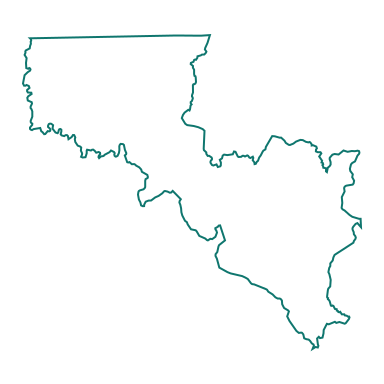 outline of Ferreira Gomes, Amapá, Brazil
{"feature_id": "56859067B20573807328937", "entity_name": "Ferreira Gomes", "entity_type": "district", "adm_level": 2, "iso_a3": "BRA", "parent_name": "Brazil", "parent_adm1": "Amapá", "projection": "natural_earth1", "projection_center": [-51.388, 0.875], "detail": "fine", "context": "isolated", "style": "outline", "palette": "teal", "viewbox_px": 384, "rotation_deg": 0, "n_neighbors": 0, "source": "geoboundaries", "source_scale": "gbopen_adm2", "svg_char_len": 5933}
<svg xmlns="http://www.w3.org/2000/svg" viewBox="0 0 384 384"><path d="M81.1,156.8L82.6,157.5L85.5,157.2L86.7,153.3L86.7,150.6L87.1,149.7L91.0,150.5L91.9,149.8L93.1,149.6L94.6,150.7L96.2,152.7L98.7,152.0L100.0,152.7L100.2,154.0L98.8,155.8L98.5,157.1L99.1,158.1L101.0,156.4L103.1,156.1L104.0,155.6L104.6,154.8L109.5,152.2L111.0,150.5L114.0,152.0L114.7,153.1L114.3,154.5L114.6,155.8L115.5,156.6L116.4,156.5L117.6,155.8L118.9,153.0L119.4,150.1L119.3,146.2L119.8,144.8L120.6,143.9L122.9,144.1L123.9,144.9L124.9,149.8L126.3,153.1L126.1,154.3L124.8,155.4L127.2,162.2L128.3,162.5L129.5,162.1L131.8,164.2L134.2,164.1L135.3,164.7L136.1,165.6L139.2,167.3L141.2,169.5L141.9,171.8L147.3,174.9L147.9,177.0L147.6,178.0L145.6,179.1L145.2,180.8L145.2,187.0L144.7,188.1L143.5,189.3L139.8,190.4L138.8,191.1L138.4,192.0L138.0,194.6L138.9,199.5L140.4,202.4L141.1,205.4L142.8,206.2L144.1,206.1L144.2,204.6L145.7,201.7L148.5,200.6L151.1,200.5L155.2,197.4L158.6,195.9L162.3,193.3L164.1,191.3L164.9,191.0L167.6,191.6L169.8,192.7L171.2,192.5L172.7,190.9L180.8,199.2L179.6,201.1L179.4,202.6L180.3,204.7L181.1,208.4L181.4,212.3L182.3,215.5L185.0,220.8L186.9,222.2L187.7,224.4L191.0,229.3L195.7,230.3L196.7,231.4L199.3,235.9L205.2,238.5L207.0,240.1L207.9,240.4L210.3,238.8L212.2,239.1L215.4,236.8L217.0,232.6L216.3,230.5L215.5,229.5L215.3,228.2L217.8,226.8L218.7,225.6L220.1,225.4L225.0,240.4L219.1,245.1L218.5,246.4L217.3,252.0L215.6,254.2L215.5,255.9L216.9,258.7L219.3,267.6L227.4,272.1L230.6,273.4L242.2,276.1L245.4,277.6L247.8,279.0L251.0,283.3L252.1,284.1L254.2,284.4L265.9,289.1L267.0,289.7L268.3,291.7L272.6,294.4L275.4,297.3L277.6,298.5L279.7,298.5L280.8,299.1L281.9,300.5L282.2,304.3L284.1,308.0L288.1,310.4L288.9,311.4L287.2,316.4L289.5,321.0L296.4,330.9L298.8,332.9L301.2,332.6L302.0,332.8L303.3,334.4L304.2,338.3L306.4,339.2L308.7,339.6L310.1,340.9L311.8,343.4L313.5,344.5L313.9,345.6L312.6,348.9L315.6,347.0L317.8,347.5L318.4,345.8L317.9,344.5L317.1,338.5L318.8,336.8L320.0,338.1L322.5,337.6L323.5,333.4L323.7,330.0L326.9,323.8L328.8,324.3L334.9,321.8L336.3,322.9L339.4,322.0L344.7,323.7L345.7,323.2L349.0,318.9L349.5,317.3L349.0,316.5L348.1,316.7L346.7,315.7L344.8,315.4L344.3,314.3L341.8,314.3L340.2,311.8L339.3,312.3L338.3,312.0L337.9,311.0L336.8,310.6L336.7,309.2L334.9,308.9L333.5,306.0L332.6,305.5L331.8,305.9L330.9,305.6L329.7,301.3L329.0,300.1L327.9,299.2L328.1,298.1L327.2,297.5L327.1,296.4L327.9,290.0L328.3,288.6L330.2,286.5L330.7,279.9L329.4,274.3L328.4,272.1L329.2,268.0L330.3,266.0L330.3,263.4L332.7,260.5L333.4,257.4L334.6,254.9L353.4,242.7L353.9,241.0L355.4,239.0L355.8,237.6L355.3,236.1L353.9,234.3L353.7,232.1L352.6,229.7L352.5,228.2L353.2,226.8L355.6,223.9L357.4,223.1L361.0,227.2L360.6,218.8L359.0,218.8L352.3,216.8L349.5,214.9L344.6,210.5L342.5,209.3L341.6,207.9L342.3,203.0L341.8,197.1L344.6,191.5L344.1,188.1L344.5,187.0L345.5,186.0L346.6,185.6L352.7,184.6L353.6,183.4L354.1,180.7L352.2,177.2L352.8,174.3L350.3,171.0L349.9,168.8L351.0,164.4L352.2,163.0L355.0,161.4L357.5,155.6L359.1,153.8L359.4,152.7L359.1,151.2L357.7,150.7L354.8,151.2L351.8,151.0L347.6,151.8L343.5,150.5L338.6,154.5L334.6,154.0L332.4,154.7L329.8,157.7L329.6,159.0L330.6,162.1L330.6,164.6L329.6,166.2L327.8,167.7L326.9,172.1L326.0,171.4L326.1,168.3L323.3,167.7L323.2,166.4L322.4,165.1L323.2,164.3L322.8,163.0L321.5,162.5L322.1,160.8L319.2,156.5L321.3,153.4L320.5,152.2L317.7,152.2L315.9,151.4L316.0,149.6L316.9,148.3L316.3,146.6L313.0,145.2L311.7,145.5L311.7,144.4L310.3,142.4L309.5,142.0L308.4,142.4L305.8,141.8L302.8,140.1L300.3,139.9L296.0,141.6L293.4,143.6L289.9,145.0L288.7,144.8L285.8,142.9L284.5,140.7L281.1,137.6L279.7,137.7L274.8,136.3L272.2,136.1L265.9,146.9L265.4,149.4L263.4,150.6L262.7,151.6L260.7,155.5L259.2,157.5L258.0,160.8L256.8,161.8L255.8,163.8L254.6,164.1L254.4,162.4L252.7,160.2L253.3,157.9L252.8,156.7L250.4,158.0L249.4,157.6L248.1,155.8L247.2,155.4L245.0,156.5L243.7,155.8L242.5,155.8L241.2,156.8L238.7,157.0L237.8,156.5L235.5,151.8L234.0,151.5L232.8,154.3L227.3,155.1L224.1,154.6L222.7,155.6L222.0,158.4L219.8,159.8L220.9,162.6L220.8,165.4L220.3,166.3L217.8,167.0L216.5,164.4L213.3,165.5L212.0,165.0L210.5,162.7L210.5,161.5L211.0,160.4L211.9,159.6L212.0,158.6L211.6,157.5L209.1,155.8L207.7,155.9L206.3,153.8L206.3,152.4L203.9,150.1L203.7,148.7L204.5,130.8L202.7,129.1L198.3,127.2L193.7,126.0L187.2,125.1L185.3,123.8L181.8,118.1L183.0,114.9L184.6,112.6L188.3,109.8L189.5,110.5L190.0,109.4L190.6,105.4L191.6,104.4L190.7,103.2L190.7,102.1L191.9,101.0L192.8,98.5L192.6,97.3L192.0,96.6L192.0,95.3L193.0,92.5L192.9,85.1L193.5,84.2L194.4,84.2L195.4,83.5L196.0,82.0L195.7,77.2L195.4,76.2L194.5,75.9L194.1,74.0L194.1,69.7L192.9,67.7L193.0,66.0L190.7,64.1L190.9,62.9L193.5,61.8L194.1,60.0L195.1,59.5L196.0,59.8L197.3,57.9L197.5,56.3L200.8,55.4L201.9,54.6L204.3,54.5L206.0,52.6L206.4,51.6L204.9,49.5L205.2,48.0L207.5,42.9L209.9,35.1L200.8,35.7L176.1,35.5L30.0,38.3L30.9,39.2L31.2,40.7L30.7,41.6L30.9,43.8L30.1,45.9L29.7,48.4L25.7,50.5L25.3,51.7L25.5,52.7L24.6,54.9L26.6,58.1L26.0,62.9L26.3,68.1L28.2,68.8L29.2,68.0L30.1,68.5L30.5,69.4L30.1,70.6L27.7,72.2L24.6,75.2L23.0,83.5L24.1,85.7L25.5,85.7L26.5,85.0L28.8,86.0L29.5,87.9L27.1,90.0L27.1,91.2L27.9,92.5L31.3,92.7L31.6,94.0L28.2,96.3L27.3,97.8L27.8,100.5L31.7,102.2L32.0,103.6L30.6,106.6L30.6,108.1L31.5,109.2L32.3,111.4L32.3,116.7L30.7,120.8L30.7,122.0L31.2,122.9L32.3,123.6L32.2,124.9L30.0,127.5L30.0,128.9L30.7,129.6L32.0,130.1L33.6,129.1L40.2,128.0L41.3,131.3L42.4,132.0L44.2,134.2L45.3,134.0L47.7,131.1L49.1,131.4L50.1,130.9L50.4,129.8L49.9,128.6L48.0,126.9L48.1,125.5L48.8,124.1L50.0,123.6L51.3,123.8L53.1,125.2L52.5,128.6L55.5,132.5L57.5,133.2L58.2,132.6L58.8,130.1L59.4,129.2L60.4,129.0L61.3,129.6L61.4,131.1L60.7,134.4L61.6,135.4L64.2,136.1L65.5,135.2L66.9,135.1L67.9,136.0L68.5,139.2L71.6,137.1L73.0,135.0L74.2,135.1L75.3,137.5L74.8,139.1L75.3,142.0L77.7,145.6L80.3,146.6L81.2,147.5L80.9,150.7L82.1,153.3L82.0,154.7L81.1,156.8Z" fill="none" stroke="#0f766e" stroke-width="2"/></svg>